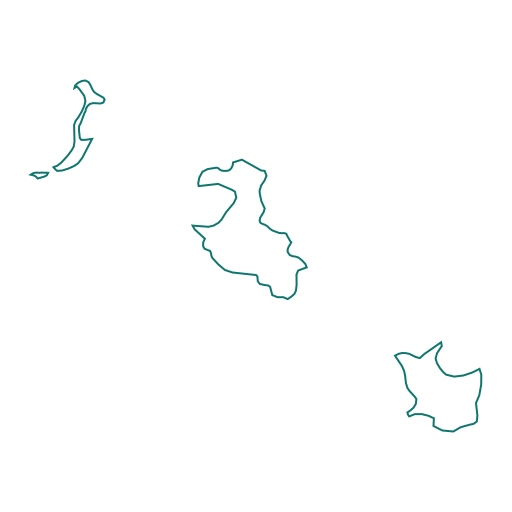 an SVG outline of Îles Loyauté
{"feature_id": "NCL-1258", "entity_name": "Îles Loyauté", "entity_type": "Province", "adm_level": 1, "iso_a3": "NCL", "parent_name": "New Caledonia", "parent_adm1": "", "projection": "mercator", "projection_center": [167.211, -21.021], "detail": "fine", "context": "isolated", "style": "outline", "palette": "teal", "viewbox_px": 512, "rotation_deg": 0, "n_neighbors": 0, "source": "natural_earth", "source_scale": "10m", "svg_char_len": 2595}
<svg xmlns="http://www.w3.org/2000/svg" viewBox="0 0 512 512"><path d="M298.3,257.5L301.6,260.0L305.3,263.9L306.7,267.4L298.2,270.5L296.5,274.4L296.6,284.9L296.0,290.5L294.4,293.9L291.6,296.4L287.7,299.1L283.3,297.2L277.5,297.2L272.3,295.1L270.1,286.8L268.2,285.5L264.0,284.9L259.7,283.9L257.8,281.2L257.4,276.5L256.0,275.0L232.5,272.5L224.9,270.0L218.1,264.2L212.0,257.5L211.4,255.6L211.0,253.1L210.0,250.9L204.6,248.8L203.1,246.1L203.2,242.4L204.9,238.7L194.6,229.3L192.6,225.6L208.4,226.8L213.6,225.6L218.5,222.8L221.5,219.6L226.1,212.2L233.8,203.0L236.3,197.6L234.9,191.6L231.7,189.7L218.1,183.9L198.7,186.1L198.2,183.4L199.3,177.6L202.4,171.8L207.6,169.1L216.3,167.7L218.1,168.1L219.9,169.7L221.8,170.6L224.0,170.9L226.9,170.9L229.5,170.1L231.4,168.1L232.7,165.3L233.1,162.4L241.9,159.7L261.2,170.5L264.7,170.9L266.5,175.8L264.5,180.6L261.2,185.4L259.6,190.6L259.8,193.8L261.3,201.0L264.7,208.5L263.7,212.0L260.3,217.5L259.6,220.8L260.4,222.8L262.4,223.9L265.0,224.8L267.5,226.4L270.1,228.9L272.3,230.4L278.9,232.9L281.9,233.2L284.4,233.1L286.3,233.8L287.7,236.8L288.6,238.2L290.1,241.0L291.3,242.3L288.5,247.1L287.6,249.7L287.7,252.0L289.8,255.1L292.6,256.2L295.5,256.6L298.3,257.5ZM479.5,368.9L481.3,374.7L481.2,384.6L479.3,395.2L476.0,403.0L477.4,415.7L476.8,421.5L473.5,423.9L470.4,424.5L460.7,427.2L453.3,431.5L442.4,430.5L433.5,426.0L433.9,418.3L428.5,415.8L421.8,414.1L414.9,414.1L409.2,416.4L408.5,415.5L408.0,414.6L407.7,413.6L407.4,412.4L410.2,410.6L413.4,407.8L415.8,404.0L416.4,399.2L415.0,397.0L409.3,390.7L407.4,387.9L405.9,383.0L405.1,375.6L404.1,370.9L402.1,366.3L395.0,355.7L398.7,353.8L402.1,353.0L405.4,353.1L409.2,353.8L415.7,357.0L419.8,358.1L424.2,354.1L441.1,342.3L441.8,346.0L437.0,353.3L435.6,358.5L437.0,363.2L440.0,368.2L443.5,372.4L446.2,374.7L454.2,376.6L463.4,375.5L472.3,372.5L479.5,368.9ZM94.0,91.9L96.9,94.0L103.3,97.6L104.6,99.4L103.4,102.5L100.7,103.5L93.1,103.1L89.8,104.0L87.4,106.2L85.9,109.0L85.4,111.7L84.7,112.4L80.8,122.9L79.1,126.1L79.0,130.3L79.8,138.0L81.3,139.9L84.7,139.9L92.1,138.9L82.3,157.8L78.1,163.3L74.1,166.0L68.3,168.6L62.2,170.5L57.2,170.9L55.1,169.1L53.5,167.2L57.5,165.6L61.1,162.8L67.5,155.9L71.8,150.1L73.7,146.6L74.5,141.7L74.1,125.0L75.5,121.1L78.4,117.2L81.6,111.8L84.2,106.1L85.4,101.1L84.3,95.9L79.4,89.1L77.1,86.7L76.0,87.0L74.5,88.0L75.1,85.6L77.9,82.9L81.8,81.0L85.4,80.5L88.6,82.1L90.5,85.2L92.1,88.8L94.0,91.9ZM39.5,172.8L41.5,172.6L48.1,172.8L46.8,175.3L44.3,176.6L37.7,178.5L36.3,177.0L35.0,176.0L33.2,175.3L30.7,174.7L32.7,173.4L34.7,172.8L37.0,172.6L39.5,172.8Z" fill="none" stroke="#0f766e" stroke-width="2"/></svg>